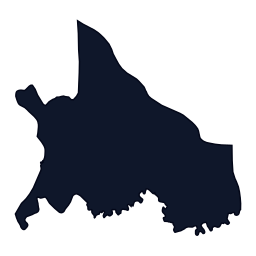 Xebangfay, Khammouan, Laos (Equal Earth projection)
{"feature_id": "54806243B47827681100424", "entity_name": "Xebangfay", "entity_type": "district", "adm_level": 2, "iso_a3": "LAO", "parent_name": "Laos", "parent_adm1": "Khammouan", "projection": "equal_earth", "projection_center": [105.132, 17.21], "detail": "fine", "context": "isolated", "style": "filled", "palette": "ink", "viewbox_px": 256, "rotation_deg": 0, "n_neighbors": 0, "source": "geoboundaries", "source_scale": "gbopen_adm2", "svg_char_len": 5862}
<svg xmlns="http://www.w3.org/2000/svg" viewBox="0 0 256 256"><path d="M240.5,209.6L240.6,203.5L240.2,198.0L239.4,191.9L238.3,186.8L236.3,181.6L234.9,178.6L232.8,172.0L232.1,160.6L231.9,145.4L221.3,145.0L215.1,144.3L209.4,143.2L206.6,142.6L203.5,141.3L201.8,140.0L200.2,138.4L199.6,136.7L198.4,131.0L197.6,128.9L196.1,126.8L194.7,125.1L192.0,122.4L183.3,115.3L180.1,113.5L161.7,105.4L151.1,98.5L148.7,96.4L147.1,93.9L146.3,91.9L145.4,90.4L144.7,88.5L143.9,86.9L138.8,81.3L136.5,79.1L126.7,73.0L121.8,68.6L118.6,64.2L115.9,59.3L113.1,54.0L111.6,49.5L108.9,44.1L104.1,38.3L100.7,35.0L98.3,32.9L94.1,30.0L83.0,24.2L77.6,20.8L78.4,33.5L78.7,49.6L79.5,61.6L79.3,72.8L78.5,92.9L76.6,96.3L73.4,99.8L71.0,99.6L68.7,97.1L65.5,96.7L63.5,96.1L61.3,96.5L59.3,97.1L56.7,97.2L55.1,98.6L52.7,99.5L49.1,101.8L45.8,105.5L44.1,105.0L43.3,104.4L42.5,103.3L37.5,95.1L35.1,89.3L32.4,85.3L31.0,85.2L29.4,86.1L25.8,89.7L24.7,90.5L23.7,90.5L21.4,90.2L20.2,90.2L18.7,90.5L17.3,91.1L16.6,91.8L16.1,93.1L15.9,94.9L15.9,96.4L17.1,100.2L17.8,102.0L18.7,103.8L20.0,105.0L24.8,107.5L27.3,109.7L29.0,111.5L34.3,116.4L36.9,119.5L37.9,121.5L38.5,124.6L38.5,127.0L37.9,133.3L37.3,136.4L41.7,142.0L43.9,145.5L44.4,146.6L44.9,147.9L45.2,149.7L45.2,151.7L45.0,155.4L44.7,157.4L43.8,160.0L43.5,160.4L42.9,160.6L42.7,161.1L42.9,161.4L43.1,161.9L42.7,161.8L42.4,162.0L42.3,163.0L42.0,163.0L41.7,162.2L41.2,162.0L40.7,162.5L40.7,163.0L41.0,163.3L41.2,163.6L41.3,164.4L40.8,165.3L40.8,166.0L41.2,168.0L41.2,169.1L40.9,170.5L33.4,187.9L29.9,193.8L26.4,198.5L23.9,201.1L22.0,202.9L21.3,203.8L15.4,214.0L15.8,215.1L16.5,217.5L18.1,221.5L18.8,222.5L20.3,225.0L21.0,227.1L21.5,227.9L22.3,228.8L23.0,229.3L23.7,229.5L24.5,229.4L25.3,228.8L26.9,227.0L27.6,225.8L27.7,224.8L27.3,223.8L26.9,223.2L25.8,222.2L25.3,221.5L25.0,221.0L24.7,220.0L25.0,218.7L26.1,217.1L26.8,216.5L27.4,216.3L32.2,214.5L34.6,213.2L36.2,212.7L37.6,211.9L38.0,211.4L38.4,210.9L38.8,209.2L38.4,207.5L38.0,204.8L37.9,203.4L37.8,202.9L37.6,202.6L37.3,200.9L37.0,199.9L36.9,198.2L37.1,197.5L37.4,197.2L37.9,197.1L39.4,197.5L40.2,198.0L41.5,197.9L44.9,197.0L45.6,197.2L46.0,197.6L47.1,199.0L48.6,201.6L49.6,203.2L54.8,208.3L58.8,211.7L59.4,212.2L60.2,212.5L61.3,212.7L62.0,212.6L63.4,211.9L64.1,211.1L65.2,209.0L68.4,205.0L70.4,201.8L72.5,196.3L73.0,195.5L73.5,195.0L74.5,194.4L75.6,193.9L76.1,193.8L77.3,194.0L78.6,194.6L80.3,195.6L80.9,196.1L86.8,201.9L87.8,202.6L86.9,204.7L87.2,205.5L87.9,206.5L88.0,208.8L88.1,209.3L88.3,209.6L89.1,210.0L91.3,209.6L91.8,209.9L91.9,210.3L91.9,212.0L92.0,212.5L92.5,213.4L94.0,215.3L94.3,216.2L94.3,217.6L94.5,217.8L95.0,217.4L95.3,216.9L95.9,215.4L96.2,215.2L97.5,214.5L99.2,214.0L99.5,212.9L99.8,212.2L100.0,211.9L100.5,211.9L101.4,212.5L101.8,212.5L102.0,212.4L102.9,211.0L103.4,210.9L104.2,211.4L104.5,211.8L104.6,212.1L103.4,215.3L103.3,215.9L103.7,217.1L104.0,217.5L104.4,217.4L105.5,216.0L106.7,215.1L107.2,215.0L107.9,215.0L108.2,215.0L109.2,215.8L109.9,215.8L110.6,215.5L111.7,214.6L112.2,214.0L112.3,213.5L112.3,212.5L111.9,210.8L112.0,209.9L112.4,209.6L113.1,209.5L113.8,209.7L115.0,209.5L115.4,209.7L115.8,210.1L116.1,212.3L117.9,214.5L118.1,214.7L118.6,214.7L119.6,213.6L120.6,213.3L120.8,212.8L121.0,210.5L121.4,210.0L122.0,209.4L123.0,209.1L124.3,209.4L126.0,209.6L127.3,210.2L128.0,210.1L128.2,209.8L128.4,209.2L128.3,208.3L127.4,205.6L127.6,204.9L128.1,204.5L128.6,204.4L129.3,204.7L130.4,205.5L131.1,206.3L131.6,205.0L131.9,204.8L132.1,204.9L132.6,205.8L132.9,205.9L133.0,205.9L133.8,202.9L134.2,202.1L134.8,201.4L135.2,201.2L136.1,200.9L137.8,200.8L138.4,200.9L139.0,201.3L140.4,202.7L140.7,202.8L141.1,202.7L141.6,202.3L142.3,201.0L142.6,200.2L142.7,199.6L142.5,199.2L140.3,197.4L139.4,196.3L139.2,195.9L139.1,195.1L139.1,194.3L139.4,193.4L141.7,191.3L142.0,191.1L142.3,191.1L142.7,191.3L143.2,192.8L143.7,193.6L144.2,193.8L144.7,193.6L145.1,192.9L145.3,191.4L146.2,189.0L146.8,188.8L147.5,188.9L149.4,190.0L152.6,193.1L153.2,193.5L153.7,193.6L154.5,192.7L154.8,192.6L154.9,192.9L155.0,194.0L155.1,194.4L156.4,195.2L158.5,197.4L158.7,198.1L158.7,200.2L159.0,201.0L160.0,201.6L163.7,202.3L164.4,202.6L164.8,202.9L165.3,204.1L165.8,204.8L167.3,206.0L167.3,206.4L166.9,207.3L166.1,208.5L165.6,209.1L165.3,209.1L164.8,208.8L163.5,207.2L163.3,207.2L163.0,207.5L162.6,209.1L162.4,210.2L162.5,211.5L163.0,212.5L164.8,214.4L165.3,215.4L165.4,215.8L165.4,216.4L165.2,217.1L164.7,217.4L163.6,217.7L163.4,218.0L163.4,218.3L164.1,220.7L164.7,221.3L167.4,221.4L168.8,221.9L169.8,221.9L171.0,222.4L172.9,222.7L173.1,223.1L173.1,223.9L173.3,224.4L174.3,225.9L174.5,226.5L174.5,227.5L173.9,229.0L173.7,229.9L174.0,230.8L174.7,232.0L175.0,232.2L175.3,232.2L178.7,231.2L180.8,230.7L184.7,228.6L185.1,228.1L185.6,227.7L188.0,226.8L192.3,227.0L192.9,226.8L194.4,225.9L195.9,225.7L196.4,225.9L196.8,226.7L197.2,228.0L197.2,229.0L196.8,229.5L196.1,229.9L195.8,230.2L195.6,230.8L195.6,233.6L195.8,234.2L196.0,234.6L196.7,235.1L197.2,235.2L197.5,235.1L198.2,234.5L198.8,232.5L199.3,231.7L200.0,231.3L200.5,231.4L201.7,231.9L202.9,233.3L203.2,233.5L204.1,233.3L204.5,232.8L204.7,232.1L204.6,231.6L204.3,230.7L203.7,229.5L201.9,227.4L201.3,226.0L201.0,225.4L201.1,224.8L201.8,224.0L203.0,223.0L203.6,222.7L205.3,222.4L205.8,222.3L206.2,222.4L206.7,223.3L207.6,226.2L208.9,228.0L210.3,230.5L210.8,230.8L211.3,230.7L211.9,230.2L212.1,229.9L212.2,229.1L212.2,228.1L212.5,227.4L214.2,226.4L214.9,226.3L217.3,227.1L218.0,227.1L218.9,227.0L219.8,226.2L221.3,223.4L221.7,223.0L223.5,223.4L224.4,222.8L224.9,222.8L225.6,223.1L227.0,224.1L227.8,224.3L228.1,224.2L229.1,223.3L229.3,222.8L228.8,221.8L227.8,220.4L227.1,219.0L227.0,218.7L228.0,214.3L228.5,213.3L229.0,213.2L230.3,213.5L231.0,213.4L232.8,212.5L234.1,212.4L234.5,212.8L234.6,213.6L234.9,214.6L235.3,214.8L236.1,215.2L237.1,215.1L238.1,214.6L238.7,213.9L239.1,212.9L239.5,210.9L240.0,210.1L240.5,209.6Z" fill="#0f172a" stroke="#020617" stroke-width="1.5"/></svg>